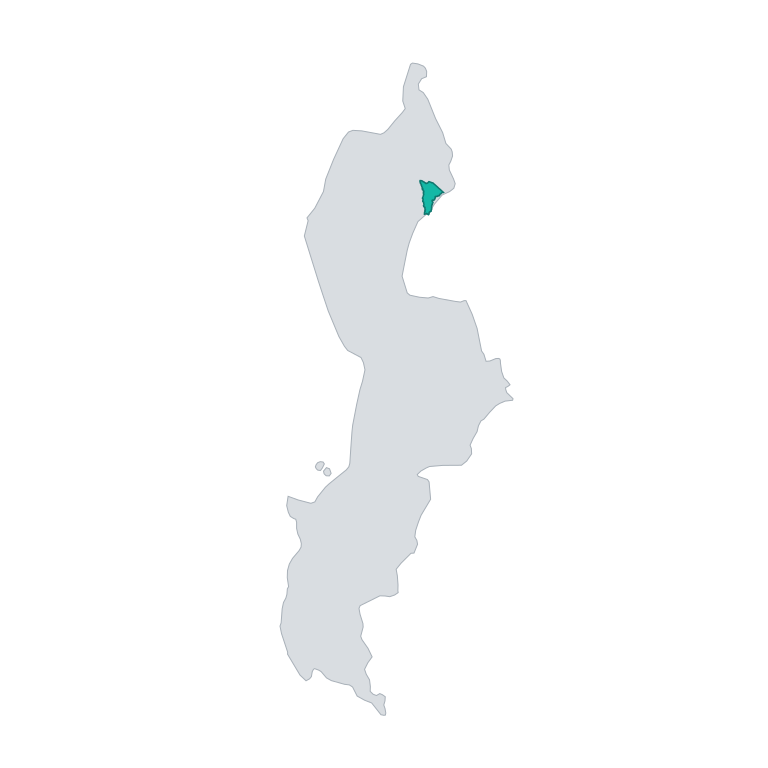 Mwanza, Mwanza, Malawi shown in context, rotated 199°
{"feature_id": "42251766B31446962769453", "entity_name": "Mwanza", "entity_type": "district", "adm_level": 2, "iso_a3": "MWI", "parent_name": "Malawi", "parent_adm1": "Mwanza", "projection": "orthographic", "projection_center": [34.516, -15.608], "detail": "fine", "context": "in_parent", "style": "filled", "palette": "teal", "viewbox_px": 768, "rotation_deg": 199, "n_neighbors": 0, "source": "geoboundaries", "source_scale": "gbopen_adm2", "svg_char_len": 7101}
<svg xmlns="http://www.w3.org/2000/svg" viewBox="0 0 768 768"><g transform="rotate(199 384 384)"><path d="M299.2,444.6L294.9,438.7L291.4,440.2L286.6,444.4L284.0,445.5L282.7,445.4L281.8,444.4L280.7,441.7L276.9,434.2L272.7,428.8L268.3,426.8L264.6,424.3L266.2,421.9L267.9,420.2L267.1,418.4L265.1,415.8L257.2,412.1L257.1,410.5L264.0,407.2L268.3,403.3L271.3,399.6L275.0,391.4L278.1,383.3L280.3,380.7L281.1,375.3L280.5,369.2L282.0,361.5L282.7,354.2L280.4,351.4L278.4,346.5L280.7,338.1L284.3,332.4L301.9,326.2L314.1,320.8L316.7,318.4L320.8,313.7L323.1,309.2L321.5,307.8L311.8,307.8L309.5,306.1L302.4,290.2L306.2,272.0L306.5,264.8L306.4,256.0L305.1,249.5L302.0,246.8L300.1,243.4L300.6,233.9L303.4,232.7L309.5,220.2L312.2,212.8L308.9,206.9L305.3,198.5L303.6,193.1L302.7,191.4L305.2,188.0L309.3,184.8L314.0,183.9L318.9,182.4L334.4,166.7L334.6,163.7L331.7,158.5L325.9,150.6L324.6,147.4L323.9,137.9L321.6,135.1L313.0,128.8L306.4,122.1L308.5,115.3L309.5,107.9L306.3,103.8L301.4,99.6L298.4,93.5L297.0,88.9L293.2,87.1L289.7,87.0L287.2,89.9L284.4,89.7L281.0,88.7L279.9,84.7L279.7,80.4L277.4,77.5L275.2,73.5L274.9,71.4L276.3,70.7L279.2,70.3L291.8,78.4L299.4,78.7L307.8,80.2L315.1,87.3L318.8,88.2L323.6,87.2L337.2,86.4L342.7,87.4L349.8,91.6L352.6,92.2L357.0,92.3L357.8,91.2L358.2,88.7L357.4,83.7L358.4,81.0L361.1,78.0L368.6,81.4L387.2,97.1L387.8,99.1L399.6,114.6L403.5,121.2L403.5,124.7L407.1,138.3L407.9,144.7L407.1,149.5L407.3,153.4L408.7,158.9L408.2,161.3L412.4,169.4L414.5,176.2L414.9,182.9L413.7,189.4L410.0,198.9L409.3,202.8L410.2,206.2L412.6,210.0L416.6,214.1L419.6,219.0L421.6,224.8L423.4,227.4L425.5,227.4L429.5,228.3L432.7,231.6L436.4,237.3L437.6,243.8L438.1,246.6L427.5,246.4L414.3,247.4L411.0,250.0L410.0,255.7L405.8,267.3L403.5,271.6L398.6,279.5L391.7,290.5L390.3,294.2L390.5,297.9L394.6,312.9L398.8,328.7L400.2,334.9L403.2,355.9L404.9,370.8L405.2,379.5L406.6,391.2L410.4,397.5L414.3,401.5L429.3,403.9L433.7,406.8L442.1,414.2L460.5,434.9L470.6,448.1L479.4,459.7L495.2,481.2L507.5,498.0L508.9,513.7L510.9,516.0L506.7,527.6L503.9,546.3L505.8,558.8L504.8,580.0L502.5,602.6L499.6,610.7L496.0,613.7L487.4,616.1L468.6,618.9L465.8,621.5L463.3,625.9L459.5,636.3L455.0,646.8L453.6,651.3L454.4,652.4L458.4,657.7L462.4,671.4L463.0,694.9L461.6,696.7L456.1,697.7L450.1,697.4L447.6,696.0L445.4,693.4L443.9,688.4L447.8,684.9L449.2,678.8L446.7,673.5L441.7,672.3L435.3,667.5L421.7,651.8L410.4,640.8L403.8,631.6L397.0,628.0L395.1,625.7L393.4,621.9L393.4,616.3L394.0,612.2L391.9,607.6L385.0,600.5L381.9,596.6L381.7,591.8L384.6,587.3L390.5,581.7L394.9,570.5L396.5,563.2L404.8,548.6L405.9,535.9L406.1,525.7L405.6,518.1L403.5,502.5L402.0,491.8L391.7,477.7L388.4,476.4L378.6,477.6L370.2,479.7L366.1,482.6L359.8,482.8L343.5,485.3L338.3,486.4L335.4,488.9L333.6,489.5L323.3,478.6L314.1,466.9L302.5,447.0L299.2,444.6ZM419.0,289.8L416.2,290.4L414.4,289.0L414.9,284.7L415.9,281.5L418.6,281.0L420.5,281.9L421.9,283.3L421.9,285.6L421.1,288.0L419.0,289.8ZM412.8,281.9L411.2,286.2L407.9,286.1L404.9,282.3L405.8,279.3L408.8,278.4L411.4,279.6L412.8,281.9Z" fill="#d9dde1" stroke="#a8b0b8" stroke-width="1"/><path d="M403.4,590.1L403.5,590.1L404.0,589.9L404.5,589.8L404.9,590.0L405.0,590.0L405.9,590.0L406.3,590.0L406.6,590.0L407.2,590.0L407.4,590.0L407.5,589.9L407.7,589.4L408.0,588.6L408.2,588.1L408.5,588.1L408.8,588.0L409.0,587.8L409.3,587.4L409.5,587.2L409.8,587.2L410.1,587.4L410.3,587.5L410.6,587.7L410.9,587.6L411.0,587.7L411.3,587.8L411.5,588.0L411.8,587.9L412.0,587.9L412.5,587.9L412.7,588.1L413.0,588.0L413.3,588.2L413.4,588.3L413.6,588.4L413.8,588.4L414.1,588.3L414.4,588.4L414.5,588.5L415.0,588.4L415.4,588.3L415.9,588.2L416.1,588.1L416.0,587.9L416.0,587.5L415.8,587.2L415.8,586.8L415.7,586.7L415.4,586.5L415.1,586.4L415.0,586.2L415.1,585.9L415.0,585.7L414.8,585.5L414.7,585.4L414.1,585.1L413.9,584.8L413.8,584.6L413.5,584.5L413.4,584.4L413.4,584.2L413.4,583.9L413.0,583.6L412.7,583.2L412.5,582.9L412.2,582.7L411.9,582.3L411.6,581.9L411.2,581.6L411.2,581.4L411.3,581.4L411.5,581.2L411.3,580.8L411.1,580.6L411.0,580.4L410.7,580.5L410.7,580.4L410.6,580.1L410.1,580.0L409.9,579.9L409.6,579.7L409.3,579.4L409.2,579.3L409.1,579.2L409.3,578.8L409.3,578.5L409.3,578.4L409.2,578.4L408.9,578.2L408.9,577.7L408.8,577.4L408.7,577.3L408.7,577.0L408.7,576.7L408.4,576.5L408.4,576.4L408.3,576.2L408.1,576.1L408.1,575.9L408.1,575.7L408.2,575.2L408.1,574.8L408.0,574.4L408.0,574.2L408.1,573.3L408.2,572.5L408.2,572.4L408.1,572.1L407.8,572.0L407.7,572.0L407.7,571.7L407.3,571.4L407.2,571.4L407.1,571.2L406.9,570.9L407.0,570.7L407.0,570.3L407.0,570.1L407.0,569.7L406.8,569.3L406.7,569.1L406.4,569.0L405.9,569.0L405.7,568.6L405.5,568.4L405.4,568.2L405.2,567.6L405.1,567.3L404.9,567.1L404.7,566.8L404.6,566.6L404.5,566.3L404.5,566.1L404.7,565.7L404.7,565.4L404.4,565.2L404.3,564.9L404.2,564.7L404.0,564.8L403.9,564.8L403.4,564.6L402.8,564.4L402.9,564.1L402.8,563.9L402.7,563.8L402.7,563.7L402.5,563.4L402.4,563.2L402.2,563.0L402.0,562.7L401.8,562.6L401.9,562.3L402.0,562.0L402.0,561.8L402.0,561.7L401.9,561.6L401.5,561.1L401.4,561.1L401.4,560.8L401.5,560.7L401.4,560.6L401.5,560.5L401.5,560.4L401.6,559.6L401.4,559.3L401.4,558.9L401.3,558.5L401.2,558.1L401.1,557.7L400.9,557.7L400.6,557.9L400.5,558.1L400.4,558.2L400.1,558.4L399.8,558.4L399.7,558.5L399.6,558.8L399.4,559.1L399.2,559.1L398.9,559.1L398.7,559.0L398.5,558.8L398.4,558.7L398.2,558.8L398.0,559.0L397.8,559.0L397.7,558.9L397.5,558.7L397.3,558.5L397.1,558.5L397.0,558.8L396.9,558.8L396.8,559.0L396.8,559.3L396.8,559.5L396.8,559.8L396.9,560.1L397.0,560.4L397.0,560.5L397.2,560.9L397.2,561.0L397.0,561.4L396.8,561.5L396.7,561.8L396.6,562.0L396.4,562.2L396.2,562.1L396.0,562.5L395.9,562.8L395.7,562.8L395.7,563.0L395.9,563.3L395.9,563.5L396.0,563.8L396.0,564.0L395.9,564.0L395.8,564.4L395.9,564.7L395.9,565.0L396.0,565.2L396.0,565.3L396.3,565.6L396.4,565.9L396.5,566.1L396.5,566.4L396.5,566.5L396.5,566.9L396.7,567.4L396.9,567.5L397.0,567.6L397.0,567.9L397.0,568.3L396.9,568.5L397.0,568.6L397.1,568.9L397.1,569.0L396.8,569.3L396.8,569.5L396.8,569.8L397.0,570.0L397.1,570.3L397.1,570.5L396.9,570.9L396.8,571.0L396.7,571.3L396.8,571.4L396.9,571.7L397.0,571.9L397.2,572.0L397.4,572.1L397.6,572.1L397.8,572.3L398.0,572.6L397.9,573.0L397.7,573.4L397.7,573.5L398.0,573.5L398.2,573.4L398.2,573.5L397.8,573.8L397.5,574.0L397.2,574.0L396.9,573.9L396.7,574.0L396.5,574.4L396.4,574.5L396.3,574.8L396.2,575.1L396.3,575.3L396.4,575.5L396.2,575.7L396.2,575.8L396.2,576.0L396.3,576.2L396.2,576.3L396.1,576.5L396.2,576.9L396.2,577.0L396.6,577.5L396.5,577.9L396.5,578.0L396.4,578.1L396.1,578.1L395.9,578.0L395.8,578.3L395.7,578.3L395.4,578.5L395.2,578.7L395.0,578.8L394.9,578.8L394.6,578.8L394.4,578.8L394.2,579.1L394.0,579.5L394.1,579.8L393.9,579.9L393.7,579.9L393.4,579.8L393.1,579.9L392.9,580.3L392.8,580.6L392.8,580.8L392.9,581.0L392.8,581.5L392.8,581.8L392.7,581.9L392.3,582.2L392.0,582.5L391.9,582.8L391.8,583.2L391.7,583.5L391.3,583.9L391.0,584.4L390.9,584.4L390.6,584.3L390.4,584.3L390.2,584.4L390.1,584.5L392.3,585.4L394.0,586.2L395.9,586.9L397.6,587.7L398.8,588.2L400.9,589.1L401.3,589.2L402.2,589.6L403.1,590.0L403.3,590.1L403.4,590.1Z" fill="#14b8a6" stroke="#0f766e" stroke-width="1.5"/></g></svg>